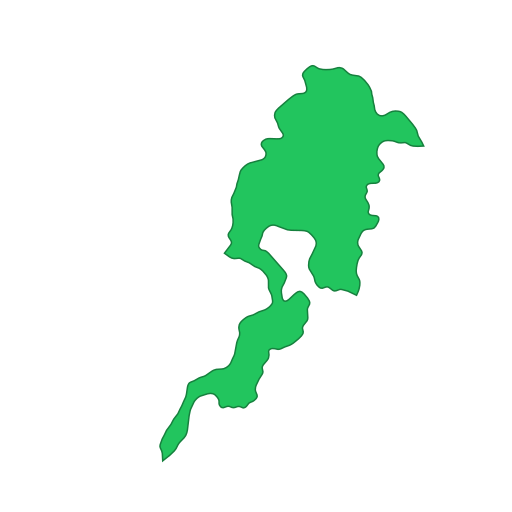 the district of Cambita Garabito, San Cristóbal, Dominican Republic, rotated 229°
{"feature_id": "3306468B64395738690475", "entity_name": "Cambita Garabito", "entity_type": "district", "adm_level": 2, "iso_a3": "DOM", "parent_name": "Dominican Republic", "parent_adm1": "San Cristóbal", "projection": "natural_earth1", "projection_center": [-70.253, 18.535], "detail": "fine", "context": "isolated", "style": "filled", "palette": "green", "viewbox_px": 512, "rotation_deg": 229, "n_neighbors": 0, "source": "geoboundaries", "source_scale": "gbopen_adm2", "svg_char_len": 6146}
<svg xmlns="http://www.w3.org/2000/svg" viewBox="0 0 512 512"><g transform="rotate(229 256 256)"><path d="M229.0,454.7L233.0,455.8L240.1,457.1L245.2,459.6L247.9,460.2L252.6,460.6L263.2,460.8L266.1,460.7L268.9,460.2L270.6,459.4L272.0,458.3L274.0,456.3L275.6,453.9L276.6,451.3L277.6,445.9L278.7,443.5L279.8,442.3L281.1,441.3L283.6,440.6L286.1,440.8L288.5,441.6L291.9,443.8L294.9,445.3L299.0,448.0L302.1,449.5L304.6,451.2L308.7,452.4L311.5,452.9L317.2,453.1L321.8,452.6L324.4,451.6L329.2,447.5L331.5,446.0L334.0,445.4L339.8,444.7L341.4,444.1L343.4,442.6L344.4,441.3L346.7,436.5L348.3,434.1L350.8,431.0L352.9,428.8L355.8,426.5L357.4,425.8L361.0,424.7L362.3,423.8L362.8,423.1L363.2,422.3L363.6,420.5L363.8,417.5L363.6,413.6L363.2,411.8L362.8,410.9L361.7,409.6L360.3,409.0L356.5,408.0L350.1,404.9L348.3,403.5L347.4,402.2L347.2,401.5L347.1,400.7L347.4,399.0L348.2,397.6L350.8,394.1L351.7,392.5L352.2,390.5L352.5,388.4L352.8,383.1L352.8,370.1L352.5,367.0L352.0,365.1L351.6,364.3L350.0,362.3L347.9,360.9L342.2,359.5L338.6,357.8L337.0,357.3L331.4,356.7L330.1,356.4L328.8,355.4L328.4,354.7L328.2,353.0L328.3,352.2L329.1,350.6L330.8,348.5L335.5,343.5L336.7,342.0L337.7,340.2L338.2,337.5L338.2,335.8L337.6,334.2L336.5,333.0L335.0,332.4L330.3,332.1L327.9,331.6L326.6,330.7L325.5,329.5L324.7,328.0L324.4,327.0L324.4,325.2L324.8,323.5L330.1,312.7L330.9,310.0L331.2,307.1L331.1,304.2L330.7,301.3L330.0,299.5L328.4,297.1L325.1,292.6L323.0,289.0L320.8,286.3L317.8,280.4L316.1,276.3L314.6,274.2L312.8,272.6L308.4,269.9L302.8,265.1L299.0,263.0L296.2,260.6L294.3,258.4L292.8,256.0L292.1,254.3L291.1,250.3L290.3,249.0L289.0,248.1L287.6,247.7L284.0,247.2L282.6,246.6L282.0,246.1L281.5,245.5L280.9,244.0L278.8,234.0L272.8,235.4L270.4,236.3L268.5,237.7L267.5,238.9L265.8,241.4L265.3,242.0L264.1,242.8L259.6,244.2L255.4,246.4L248.8,248.2L244.6,250.4L242.8,250.9L240.1,251.3L234.4,251.2L232.6,250.8L230.8,250.2L229.3,249.3L223.7,244.5L222.1,243.8L217.2,242.5L215.7,241.9L211.1,239.0L210.0,237.9L209.5,237.1L208.9,234.3L208.8,232.2L209.1,229.1L209.6,227.1L211.9,221.6L213.4,215.2L215.2,211.3L215.8,209.6L216.1,207.7L216.3,204.8L216.2,201.9L215.8,200.0L215.1,198.3L213.5,196.3L212.2,195.3L208.7,193.3L207.0,191.6L206.1,190.2L204.6,186.9L203.2,184.6L196.1,175.7L195.2,174.1L193.8,170.8L191.9,166.9L191.4,165.2L191.1,163.3L191.3,160.4L192.1,157.7L193.1,156.1L196.5,151.6L197.6,149.0L198.0,147.1L198.8,139.5L199.3,137.8L200.7,134.7L201.3,133.0L202.4,127.5L203.7,123.8L203.9,122.3L203.7,121.4L203.1,119.9L202.1,118.4L197.3,112.8L195.7,110.5L193.5,105.6L191.6,101.7L190.3,98.3L188.2,93.6L186.9,87.1L186.3,85.4L184.7,81.4L183.1,74.1L181.0,69.3L179.4,65.1L176.6,60.1L175.6,58.9L175.0,58.4L173.6,57.8L170.6,56.9L168.5,55.8L162.6,51.2L162.2,60.5L162.5,66.5L163.1,69.3L164.7,73.2L165.2,74.9L165.5,76.8L166.0,82.5L166.7,85.3L168.0,87.8L169.7,90.1L179.4,100.8L182.3,104.6L183.3,106.2L186.5,113.4L187.0,115.2L187.3,118.0L187.2,120.0L186.9,121.8L183.8,129.0L182.2,131.5L180.7,132.8L179.9,133.4L178.1,134.0L176.2,134.1L174.4,134.1L172.7,133.8L171.1,133.2L168.6,131.1L167.3,130.6L165.3,130.4L163.9,130.9L162.9,131.9L161.6,135.2L160.9,136.4L159.9,137.3L157.5,138.5L156.4,139.4L155.6,140.6L154.5,143.3L153.7,144.4L152.7,145.2L149.9,146.6L149.4,147.2L148.9,148.5L148.8,150.0L149.6,154.0L149.3,155.6L148.4,158.2L148.2,159.9L148.3,162.5L148.8,164.0L149.2,164.7L150.4,165.6L153.9,166.8L155.4,167.6L157.4,169.7L158.4,171.4L161.1,177.6L162.6,182.7L163.2,184.2L164.1,185.3L167.6,187.3L168.5,188.5L169.1,190.1L170.0,195.9L170.5,197.8L171.0,198.7L172.8,200.9L175.7,202.9L176.4,204.0L176.5,204.8L176.2,206.4L175.4,207.7L173.7,209.4L171.3,211.2L170.4,212.3L169.7,213.8L168.5,218.0L166.6,222.8L166.1,224.9L165.8,227.1L165.6,233.7L165.9,237.9L166.4,239.7L166.7,240.6L167.8,241.9L171.1,243.7L172.0,244.9L172.6,246.5L173.6,251.9L174.3,253.4L175.4,254.6L182.0,259.7L182.9,260.9L184.5,264.8L185.6,266.0L187.0,266.7L190.4,267.3L195.9,267.4L198.5,267.0L200.0,266.3L200.7,265.7L201.5,264.1L201.8,262.3L201.9,259.4L201.6,252.5L201.9,249.9L202.7,248.4L203.4,247.9L204.1,247.6L205.6,247.7L207.0,248.2L211.5,251.0L213.5,252.6L214.6,254.0L215.5,255.4L217.1,259.6L219.7,264.6L220.7,265.9L221.4,266.4L223.0,267.0L224.7,267.3L227.5,267.4L249.8,267.3L252.5,266.9L254.0,266.4L256.5,264.4L257.8,263.9L259.9,263.8L261.3,264.2L262.0,264.7L263.0,265.9L265.7,270.7L267.1,273.6L269.2,276.5L270.0,279.1L270.2,282.1L270.0,285.2L269.4,287.2L268.5,288.7L267.4,290.0L265.4,291.4L263.2,292.5L255.2,296.9L252.3,299.5L245.5,307.0L243.4,309.1L241.0,310.8L239.2,311.4L235.5,311.8L231.7,311.8L229.0,311.4L227.3,310.7L225.9,309.7L224.3,307.8L220.7,299.8L218.7,294.7L217.1,292.3L214.5,289.6L213.0,288.5L211.3,287.7L203.0,286.3L201.4,285.7L197.9,283.8L196.1,283.3L194.2,283.0L191.6,283.1L189.9,283.5L189.2,283.9L188.1,285.0L186.8,288.3L186.0,289.5L185.5,289.9L184.2,290.5L179.8,291.4L178.5,292.0L178.0,292.5L177.2,293.7L175.9,297.1L175.5,297.8L174.4,298.8L169.2,302.3L160.4,306.1L162.4,310.3L163.6,312.3L165.8,315.1L167.7,316.9L169.1,317.9L170.5,318.5L174.9,319.5L177.0,320.4L179.1,321.9L181.5,324.4L183.8,327.2L185.8,330.2L186.8,332.6L187.8,336.6L188.7,337.9L189.2,338.4L190.6,339.0L196.1,339.8L197.7,340.3L199.7,341.7L200.8,343.0L201.3,343.8L204.1,350.1L204.7,352.6L204.6,354.5L204.0,356.2L203.1,357.7L200.6,361.2L199.9,362.8L199.7,363.6L200.0,366.0L201.3,369.7L202.0,371.3L202.9,372.6L204.1,373.5L204.8,373.8L206.3,373.7L207.6,373.0L210.5,370.2L211.8,369.3L212.5,369.0L213.9,368.8L215.3,369.3L215.8,369.7L217.8,372.6L218.9,373.7L220.2,374.6L222.6,375.4L227.4,376.2L228.7,376.8L229.3,377.3L230.2,378.5L231.2,381.2L231.9,382.4L232.9,383.1L235.8,384.4L236.6,385.7L236.8,387.3L236.3,388.9L235.5,390.3L232.3,394.3L231.6,395.9L231.4,397.5L232.0,398.9L232.5,399.4L233.6,400.0L236.1,400.8L236.6,401.1L237.5,402.1L237.9,403.3L237.8,406.9L238.0,408.5L238.4,410.0L238.9,410.7L240.2,411.7L241.8,412.1L249.0,412.4L251.7,413.0L253.3,413.9L255.5,415.7L257.3,417.9L258.3,419.6L258.7,420.5L259.2,422.4L259.3,424.3L259.2,426.3L258.7,428.1L258.3,429.0L256.6,431.4L253.3,434.7L251.8,435.7L248.9,437.3L247.6,438.2L246.0,440.0L243.8,443.0L242.5,443.7L238.1,445.2L235.9,446.7L232.6,450.1L229.0,454.7Z" fill="#22c55e" stroke="#15803d" stroke-width="1.5"/></g></svg>